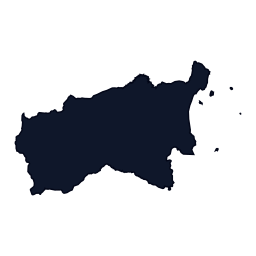 Thung Tako, Chumphon, Thailand (Mercator projection)
{"feature_id": "78962969B56019548429008", "entity_name": "Thung Tako", "entity_type": "district", "adm_level": 2, "iso_a3": "THA", "parent_name": "Thailand", "parent_adm1": "Chumphon", "projection": "mercator", "projection_center": [99.077, 10.099], "detail": "fine", "context": "isolated", "style": "filled", "palette": "ink", "viewbox_px": 256, "rotation_deg": 0, "n_neighbors": 0, "source": "geoboundaries", "source_scale": "gbopen_adm2", "svg_char_len": 5789}
<svg xmlns="http://www.w3.org/2000/svg" viewBox="0 0 256 256"><path d="M193.7,154.4L192.1,150.9L191.6,148.8L192.3,148.2L192.6,147.1L193.3,146.1L195.5,144.9L195.3,142.6L195.6,141.4L194.2,139.4L193.8,136.4L193.4,136.2L192.6,135.2L191.6,134.9L191.1,133.9L190.4,133.2L189.8,133.2L189.6,132.7L190.1,131.9L190.2,129.8L188.6,119.1L188.3,111.4L189.7,105.4L191.5,100.8L192.8,96.6L193.7,94.7L194.7,93.6L195.9,93.7L197.4,91.2L199.7,88.8L200.9,88.4L201.7,89.5L202.5,89.9L204.2,89.3L205.1,87.5L205.8,87.0L206.7,83.8L207.3,82.8L207.4,78.8L208.4,74.5L208.7,74.1L209.4,74.0L209.3,73.2L209.7,71.8L208.9,71.6L208.3,70.1L207.7,69.6L206.1,69.0L204.9,68.9L204.7,67.6L201.7,64.2L198.6,63.0L196.8,63.2L195.9,61.7L195.1,61.4L194.1,61.9L193.5,64.8L192.6,65.8L192.9,67.1L192.3,68.3L192.6,70.3L191.9,74.4L191.4,76.2L190.6,77.0L189.7,79.0L189.6,80.3L188.3,82.1L186.9,82.5L186.3,83.3L185.7,83.5L185.3,83.5L184.5,82.6L183.0,81.8L179.2,81.1L175.0,81.7L171.0,83.8L168.7,83.6L166.3,83.9L162.2,82.2L161.7,82.7L161.1,84.1L160.1,84.1L159.8,84.6L159.2,84.3L157.9,85.0L156.0,88.2L155.7,87.1L155.4,86.9L154.8,87.3L153.6,87.4L153.3,86.8L152.2,87.1L152.4,86.3L153.3,85.4L151.5,84.3L150.9,82.3L149.0,82.0L148.3,82.5L148.3,82.0L147.8,81.3L148.4,81.2L148.0,81.0L148.7,80.6L148.8,80.1L148.6,79.6L147.9,79.3L148.0,79.1L148.6,78.9L147.9,78.6L148.5,78.4L148.1,76.8L147.6,76.9L146.7,76.1L146.1,76.4L145.9,76.0L145.6,76.0L145.3,75.6L144.7,76.0L144.5,75.6L143.9,75.6L143.7,74.8L143.2,75.4L143.2,75.0L142.9,75.2L141.9,74.8L141.2,75.0L140.5,74.7L140.6,75.3L140.0,75.0L140.0,75.6L139.6,75.9L139.1,75.6L138.9,76.4L138.6,76.2L138.6,76.5L137.9,76.7L137.6,76.4L137.0,76.8L137.1,77.1L136.9,77.4L135.3,77.8L135.7,78.5L135.2,78.8L135.3,79.2L134.6,79.5L134.7,80.5L134.1,80.4L133.8,80.8L133.3,80.7L133.0,81.2L133.3,81.7L132.7,82.6L132.4,82.5L131.4,83.2L131.1,83.1L131.1,82.4L130.2,82.4L129.6,83.3L128.0,84.2L127.8,85.1L127.3,85.1L127.1,85.5L126.2,85.4L126.2,85.8L125.6,86.0L125.6,86.5L125.1,86.9L124.6,86.8L124.0,87.5L123.3,87.6L123.2,88.1L122.8,87.9L122.4,88.4L121.6,87.8L119.4,87.9L118.5,87.6L117.8,87.8L117.5,88.3L114.6,88.0L112.2,88.1L107.0,90.5L102.6,91.9L97.3,94.5L93.6,95.9L92.1,98.0L90.7,98.6L89.5,98.7L84.5,98.5L82.0,98.1L80.4,98.6L77.7,98.4L76.0,99.0L72.9,96.4L70.7,95.4L69.9,96.4L69.3,96.5L68.1,98.1L67.8,99.2L63.9,103.4L63.8,104.2L64.3,105.9L63.6,106.6L63.1,107.9L63.6,110.1L61.5,111.8L57.4,112.5L56.2,111.5L55.7,110.4L54.7,109.9L52.9,111.1L51.6,111.1L50.7,111.7L50.3,112.7L49.3,113.2L46.8,113.4L46.0,113.0L45.2,113.3L39.2,112.7L38.2,113.6L37.7,115.4L36.7,116.2L35.3,116.5L34.5,117.0L32.2,117.2L30.6,118.9L29.7,119.3L28.2,119.2L27.4,118.4L25.9,118.2L25.6,117.5L24.9,117.2L23.8,115.9L24.0,115.2L23.7,113.5L23.0,114.0L22.2,115.6L22.0,120.4L22.7,121.9L22.4,126.2L21.8,128.7L22.1,129.4L22.0,130.5L18.9,135.5L17.3,136.1L16.2,137.1L16.4,138.2L16.2,139.3L16.5,140.0L16.2,141.0L15.4,142.0L15.4,143.6L16.2,145.3L16.2,148.3L17.0,151.1L18.2,151.2L19.6,152.8L20.9,153.1L22.4,153.0L23.5,153.6L24.9,156.3L26.1,157.5L25.9,160.3L26.6,161.8L27.0,162.1L28.9,162.3L29.5,163.4L29.5,164.0L28.3,165.8L28.0,171.6L30.3,174.6L31.2,175.1L31.4,177.6L31.9,178.3L33.3,179.1L34.4,182.9L34.3,185.3L33.9,186.6L30.6,189.3L30.5,189.9L32.0,194.2L32.4,194.6L33.7,194.5L36.1,193.2L38.7,193.1L39.3,193.2L40.0,194.2L40.4,194.2L41.0,193.1L42.6,191.8L44.0,190.1L44.6,189.7L45.0,188.4L45.8,188.9L48.2,189.1L49.3,188.8L54.9,189.9L61.0,189.8L62.0,190.5L62.6,192.0L63.6,193.0L64.6,193.1L67.0,192.5L69.8,190.8L72.1,189.9L73.7,186.0L78.0,184.5L80.9,181.6L83.0,180.3L83.9,178.9L83.7,178.2L85.3,176.2L87.5,174.5L87.9,173.7L88.7,173.5L89.2,173.7L90.1,173.4L91.2,173.7L92.1,173.3L92.3,172.8L93.1,172.7L95.3,173.1L97.4,172.2L98.3,171.3L100.2,170.4L100.2,169.0L101.0,168.4L100.9,168.0L101.2,167.5L103.6,166.2L104.9,164.7L106.5,163.9L108.0,164.3L108.6,165.1L109.4,165.0L110.0,165.6L110.5,165.5L110.9,166.6L111.5,166.8L111.7,167.4L112.7,167.8L113.3,167.6L113.4,168.5L114.5,168.5L114.9,169.3L115.8,169.6L115.7,170.0L116.5,169.8L118.3,169.9L119.1,170.3L119.7,170.2L120.1,170.9L121.1,171.0L121.4,171.4L121.9,171.2L122.4,170.7L123.3,172.0L124.2,171.9L124.8,172.3L125.2,172.0L126.3,172.2L127.0,171.8L127.6,172.0L128.8,171.7L129.9,172.0L131.1,171.6L131.6,172.4L132.0,172.2L132.7,172.3L133.2,171.8L133.8,172.0L134.8,172.8L135.0,174.2L136.0,175.3L137.1,175.8L137.9,175.6L138.3,176.2L138.9,175.9L139.4,176.9L140.3,176.9L140.8,177.8L141.2,177.8L141.8,178.3L142.5,178.1L143.3,179.1L146.3,179.6L148.0,181.1L148.7,182.9L149.1,183.3L150.9,183.4L152.3,184.4L153.9,184.8L155.4,184.7L158.5,187.0L162.6,188.4L163.5,188.3L164.5,187.3L164.4,186.3L164.7,186.2L166.3,186.7L167.7,186.6L169.1,188.2L168.5,189.2L168.6,189.7L169.4,190.0L170.3,189.6L170.5,189.1L170.0,187.2L170.0,186.5L170.6,186.1L171.8,186.5L172.2,186.4L172.5,185.9L172.3,184.1L173.8,182.7L172.3,180.5L172.3,175.7L171.4,174.6L172.5,171.3L172.4,170.5L172.0,169.9L170.4,169.3L169.9,168.3L169.9,167.5L170.6,165.8L169.9,163.0L171.0,161.3L171.0,160.7L170.6,160.4L169.6,160.1L166.9,160.8L166.4,160.3L166.4,159.7L166.8,156.5L169.5,154.6L170.2,153.8L171.1,149.4L172.1,148.1L173.4,147.3L174.3,147.0L176.3,147.2L177.0,147.7L177.2,149.0L177.6,149.7L178.4,148.9L179.1,150.0L180.1,150.0L180.7,150.9L180.6,151.5L181.3,152.5L183.4,154.0L193.7,154.4ZM212.7,92.0L211.7,91.1L211.1,91.4L210.3,93.9L210.1,95.3L210.5,95.9L211.1,95.8L211.9,94.9L212.7,95.1L213.1,94.9L213.3,93.5L213.2,92.8L213.4,92.2L212.7,92.0ZM217.4,150.6L218.0,149.1L217.8,148.7L216.7,148.7L216.2,149.2L215.6,150.5L216.4,150.1L217.4,150.6ZM232.1,89.3L232.4,88.9L232.1,88.1L231.5,87.7L230.5,87.7L230.4,88.3L231.3,89.4L232.1,89.3ZM200.8,102.4L200.3,102.2L200.3,101.7L199.8,101.4L199.9,101.9L199.5,102.5L199.9,103.3L200.5,103.4L200.8,102.4ZM202.0,103.9L202.1,103.2L201.7,103.0L201.6,103.5L202.0,103.9ZM240.5,113.8L240.6,112.9L240.2,113.6L240.5,113.8Z" fill="#0f172a" stroke="#020617" stroke-width="1.5"/></svg>